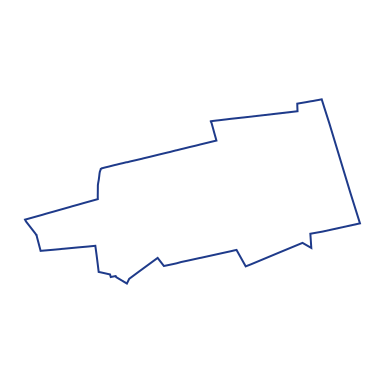 the district of Tomnatic, Timis, Romania, rotated 179°
{"feature_id": "2599482B78622913226353", "entity_name": "Tomnatic", "entity_type": "district", "adm_level": 2, "iso_a3": "ROU", "parent_name": "Romania", "parent_adm1": "Timis", "projection": "robinson", "projection_center": [20.694, 45.986], "detail": "fine", "context": "isolated", "style": "outline", "palette": "blue", "viewbox_px": 384, "rotation_deg": 179, "n_neighbors": 0, "source": "geoboundaries", "source_scale": "gbopen_adm2", "svg_char_len": 1994}
<svg xmlns="http://www.w3.org/2000/svg" viewBox="0 0 384 384"><g transform="rotate(179 192 192)"><path d="M281.6,217.3L281.6,217.2L282.8,216.7L283.0,215.9L283.2,215.4L283.8,213.8L284.1,212.3L284.5,209.3L285.0,205.9L285.6,202.9L286.0,200.5L286.0,200.0L286.1,196.5L286.2,192.9L286.3,190.2L286.3,186.5L287.5,186.2L293.3,184.7L299.9,183.0L306.2,181.3L312.1,179.8L314.5,179.1L317.6,178.3L320.2,177.6L322.9,176.9L326.3,176.0L330.4,174.9L334.7,173.8L338.5,172.8L342.0,171.8L350.1,169.7L357.4,167.8L359.4,167.3L358.8,166.0L358.1,164.9L353.3,158.5L349.1,152.9L348.8,152.3L348.7,152.0L348.2,151.8L347.9,150.2L347.8,149.7L346.3,143.6L344.4,135.8L331.3,136.7L324.6,137.2L323.0,137.4L321.1,137.5L306.8,138.6L296.7,139.3L289.6,139.9L288.5,130.6L287.9,125.1L287.4,120.4L286.7,113.7L284.0,113.1L275.4,111.0L274.7,108.4L271.5,109.0L271.3,109.0L270.0,109.3L269.8,109.3L269.7,109.2L269.4,108.6L269.3,108.2L258.7,101.6L256.3,106.3L245.8,113.8L227.5,126.7L223.4,121.2L221.4,118.5L212.5,120.2L208.5,121.0L204.0,122.2L197.2,123.5L184.8,126.0L184.5,126.0L157.8,131.4L154.2,132.1L151.1,132.8L148.5,133.3L139.6,116.7L134.2,118.7L105.0,130.3L82.4,139.2L73.7,134.0L74.4,148.2L62.4,150.1L24.6,157.7L33.6,188.2L40.4,212.1L53.5,258.3L58.2,273.9L60.7,282.4L64.6,281.7L66.0,281.5L69.4,280.9L71.8,280.6L76.6,279.8L82.6,278.9L85.2,278.5L85.2,277.7L85.2,276.1L85.1,270.9L139.4,265.6L140.8,265.5L142.9,265.3L148.4,264.8L151.9,264.5L156.5,264.0L159.5,263.7L164.3,263.2L165.6,263.1L169.6,262.7L172.0,262.4L172.0,262.2L171.3,260.8L169.8,255.1L168.8,251.1L167.4,245.8L166.7,243.0L173.0,241.6L175.6,241.0L177.9,240.5L181.0,239.8L183.3,239.3L184.4,239.0L187.8,238.2L193.5,237.0L199.1,235.7L202.3,235.0L206.5,234.0L207.3,233.9L210.2,233.2L213.3,232.4L215.8,231.9L220.8,230.8L224.4,230.0L227.0,229.4L234.0,227.8L240.5,226.4L241.1,226.2L248.1,224.7L253.4,223.6L256.1,222.9L257.1,222.9L260.9,222.0L263.4,221.5L266.8,220.7L268.8,220.3L270.9,219.8L274.6,218.9L278.3,218.1L281.6,217.3Z" fill="none" stroke="#1e3a8a" stroke-width="2"/></g></svg>